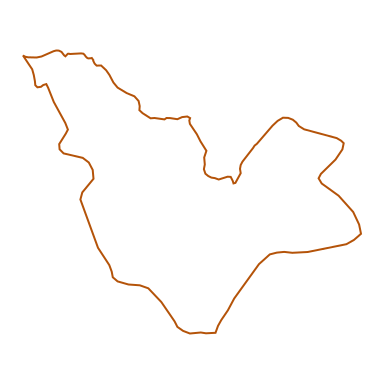 the border of Fès - Boulemane
{"feature_id": "MAR-1446", "entity_name": "Fès - Boulemane", "entity_type": "Region", "adm_level": 1, "iso_a3": "MAR", "parent_name": "Morocco", "parent_adm1": "", "projection": "natural_earth1", "projection_center": [-4.364, 33.462], "detail": "fine", "context": "isolated", "style": "outline", "palette": "amber", "viewbox_px": 384, "rotation_deg": 0, "n_neighbors": 0, "source": "natural_earth", "source_scale": "10m", "svg_char_len": 1758}
<svg xmlns="http://www.w3.org/2000/svg" viewBox="0 0 384 384"><path d="M56.2,50.5L58.8,50.6L61.5,51.9L64.1,55.3L65.4,56.3L67.8,53.8L68.8,53.7L70.0,54.0L81.1,53.4L83.4,53.7L84.7,55.0L85.8,56.6L87.4,58.1L88.5,58.4L91.3,58.2L91.8,58.0L93.3,60.1L93.2,60.7L94.2,62.8L94.7,63.7L96.6,65.6L101.1,65.5L106.1,70.2L109.4,74.9L113.4,82.5L117.6,87.6L126.7,93.1L134.4,96.3L138.6,101.0L139.7,106.1L139.4,110.2L142.6,113.2L150.6,118.3L154.5,118.0L164.5,119.4L166.5,118.0L170.2,118.1L177.4,119.2L182.1,117.1L187.3,116.5L190.1,118.1L189.3,120.5L189.9,123.9L196.9,134.3L200.5,141.4L206.4,150.8L204.2,157.5L204.8,164.5L203.9,169.2L205.4,173.7L208.2,176.0L211.4,177.6L214.8,178.1L218.7,179.5L227.6,176.7L230.7,176.9L232.7,180.8L233.5,183.4L235.4,182.9L240.7,173.2L240.0,168.9L240.7,165.0L242.5,161.6L253.0,148.1L254.6,145.6L256.9,143.8L272.5,125.7L277.6,120.9L283.0,117.7L288.2,117.9L292.8,119.7L296.3,122.6L298.8,126.0L304.1,129.3L336.7,138.1L341.1,140.7L343.7,143.2L342.4,149.4L335.5,159.6L320.9,173.9L318.6,178.3L321.7,183.5L338.6,195.7L353.2,212.0L359.1,224.5L361.0,233.8L354.0,239.9L346.4,244.2L307.7,252.0L292.3,252.8L284.2,251.9L276.9,252.6L269.8,254.4L259.0,264.1L234.2,298.5L227.9,310.3L221.3,320.0L218.0,325.9L215.5,332.8L206.0,333.3L200.8,332.5L189.9,333.5L183.1,330.9L177.4,326.9L174.6,321.4L161.3,302.0L148.3,288.3L139.8,285.3L128.5,284.5L117.6,281.4L112.8,277.3L111.7,271.6L109.3,265.1L98.0,247.8L80.4,199.5L82.3,192.4L93.5,178.8L92.7,169.9L88.8,162.5L82.8,157.9L63.6,153.4L59.6,149.3L59.2,144.1L65.8,133.6L67.9,129.6L65.3,123.0L53.8,102.0L48.1,87.7L46.3,84.1L43.3,85.0L41.0,86.8L37.4,87.3L35.3,85.2L34.9,81.1L33.8,75.1L32.2,69.3L28.7,64.1L23.0,55.5L25.4,56.8L28.2,57.3L36.6,57.5L41.5,56.5L53.6,51.2L56.2,50.5Z" fill="none" stroke="#b45309" stroke-width="2"/></svg>